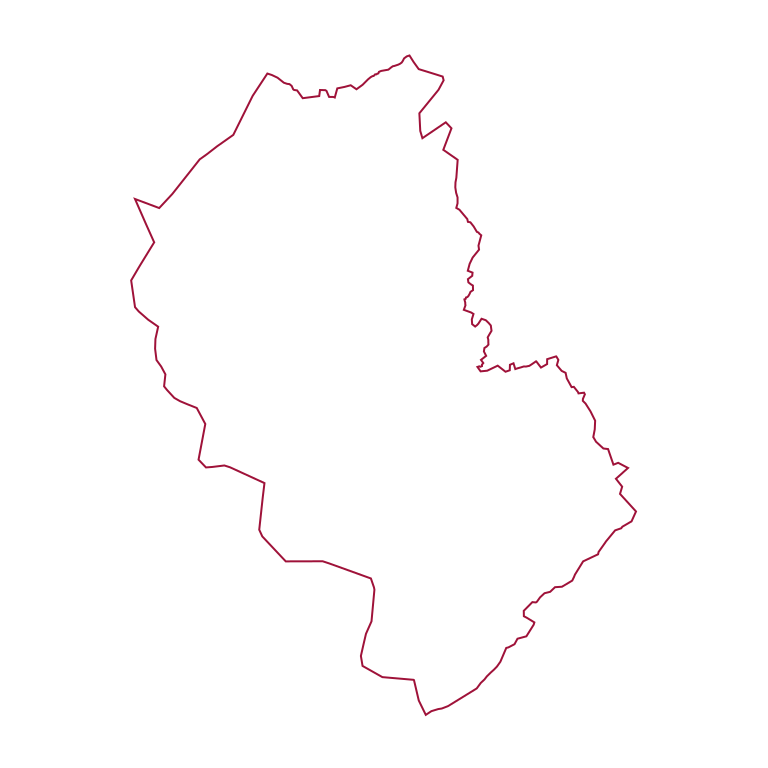 Fune, Yobe, Nigeria, rotated 182°
{"feature_id": "59680162B1470225488806", "entity_name": "Fune", "entity_type": "district", "adm_level": 2, "iso_a3": "NGA", "parent_name": "Nigeria", "parent_adm1": "Yobe", "projection": "robinson", "projection_center": [11.324, 11.889], "detail": "fine", "context": "isolated", "style": "outline", "palette": "rose", "viewbox_px": 768, "rotation_deg": 182, "n_neighbors": 0, "source": "geoboundaries", "source_scale": "gbopen_adm2", "svg_char_len": 3560}
<svg xmlns="http://www.w3.org/2000/svg" viewBox="0 0 768 768"><g transform="rotate(182 384 384)"><path d="M292.0,536.0L293.9,537.5L294.9,538.7L296.5,539.3L299.9,544.6L303.3,548.6L305.8,549.0L306.5,551.7L314.7,560.8L317.9,562.5L316.8,567.1L317.0,573.0L318.6,577.6L319.6,583.0L319.6,586.2L319.6,588.0L318.9,592.6L318.2,610.6L332.9,620.1L325.5,641.9L331.4,647.7L354.2,631.0L356.6,638.2L358.1,655.8L339.8,679.9L335.0,689.6L336.1,693.3L341.5,694.8L352.1,697.7L360.3,699.9L365.7,706.9L370.0,713.2L372.7,712.2L375.3,710.1L376.4,707.7L377.5,705.9L379.0,704.7L380.8,703.7L384.8,702.2L386.2,701.9L387.6,700.9L390.6,698.3L397.7,696.8L399.9,695.8L400.5,694.2L401.7,693.8L402.3,693.2L403.6,693.2L404.3,692.4L405.1,691.5L406.2,691.3L408.0,690.2L410.6,687.9L415.8,682.3L421.8,677.6L427.7,681.4L433.9,679.5L441.0,677.8L443.2,668.6L444.2,669.0L445.2,669.1L448.4,669.0L448.9,669.0L451.7,674.9L452.8,675.6L458.2,675.6L458.8,669.5L475.2,666.8L481.1,674.4L484.1,674.7L485.0,675.3L486.7,678.7L488.9,680.4L491.3,680.6L494.6,681.6L501.1,686.4L506.9,688.9L511.4,690.2L525.3,667.4L543.3,627.7L559.0,615.8L569.2,607.3L576.0,602.1L602.2,566.5L614.8,552.0L639.3,560.2L627.2,535.0L618.8,517.9L618.6,517.6L631.7,494.5L633.2,491.8L640.3,478.7L635.5,452.1L631.6,447.9L621.9,440.0L611.7,433.4L614.0,421.0L614.0,411.3L612.2,400.0L607.3,393.7L602.8,386.0L603.7,374.0L600.6,370.4L593.1,362.8L587.2,359.7L579.8,356.9L570.3,353.5L561.2,337.8L566.7,301.9L559.0,294.4L552.7,295.1L540.7,297.0L535.0,295.4L500.0,280.8L501.2,266.7L503.6,234.0L500.3,227.4L476.0,203.3L439.1,204.7L432.6,202.8L390.3,189.2L386.9,180.3L386.4,178.1L388.2,146.4L393.3,133.7L395.5,122.5L397.6,111.4L395.6,101.5L375.4,91.0L344.2,89.4L343.7,89.1L338.2,68.9L330.7,54.8L325.2,58.7L318.5,61.0L314.9,61.7L308.8,64.3L280.7,83.0L276.8,88.7L273.3,92.2L271.0,95.4L267.2,99.4L264.1,102.4L261.3,105.5L258.0,110.5L252.6,124.5L250.5,125.1L244.5,128.5L241.7,134.1L232.9,136.8L226.0,148.7L225.4,151.0L233.2,155.4L236.1,156.8L236.4,162.2L228.1,171.2L226.9,171.1L224.6,171.0L223.6,171.7L220.6,176.2L216.3,180.5L210.7,182.1L206.0,186.9L199.1,187.6L189.0,194.1L187.4,197.7L186.5,200.2L178.8,213.7L170.1,218.2L164.1,221.3L163.7,223.6L157.0,233.8L156.9,234.1L147.9,245.8L141.9,248.1L140.8,249.7L131.8,255.4L127.7,265.4L144.3,282.4L142.4,289.7L148.9,297.4L142.7,303.3L141.8,304.2L137.2,308.6L147.2,313.4L151.9,311.4L157.8,326.8L162.5,327.2L170.1,333.7L172.5,337.5L173.0,338.2L171.8,346.0L171.7,354.7L176.7,363.9L181.9,371.5L184.7,374.1L184.7,376.0L182.9,380.7L183.8,382.3L189.3,381.4L189.9,382.8L194.2,387.8L196.4,387.4L201.4,395.8L201.5,395.9L202.9,401.5L206.9,403.3L211.9,408.8L210.6,414.2L212.8,417.6L213.0,417.6L221.8,414.5L221.7,409.6L227.7,405.9L232.6,411.9L232.8,412.0L237.0,408.9L239.4,407.2L240.7,406.9L242.7,406.4L244.9,406.4L248.0,405.3L251.2,404.3L253.3,403.5L255.3,409.2L258.8,407.6L258.8,402.1L263.0,400.5L271.0,406.3L281.3,400.9L287.9,400.0L291.2,404.3L289.4,405.0L288.3,404.6L286.7,405.3L286.8,406.7L285.5,408.4L287.9,411.5L282.9,415.7L285.3,420.0L284.9,423.5L282.7,425.0L281.0,427.0L281.2,429.2L281.3,431.8L282.0,434.2L280.5,437.1L278.4,440.9L279.3,446.2L281.5,448.6L284.5,451.3L288.8,452.6L291.8,447.6L293.2,446.0L294.1,445.3L294.9,444.6L298.0,446.9L298.5,451.6L297.0,457.1L299.4,458.5L306.8,460.9L305.3,465.6L305.6,466.7L305.6,468.0L306.6,471.4L305.4,471.9L305.1,473.3L303.7,473.8L302.8,474.8L301.7,476.8L300.8,479.1L298.3,480.9L298.6,485.5L300.4,486.5L303.2,488.5L303.8,491.7L299.6,495.2L299.4,498.4L304.2,500.1L302.6,507.1L299.8,513.5L293.7,521.6L294.4,525.6L292.0,536.0Z" fill="none" stroke="#9f1239" stroke-width="2"/></g></svg>